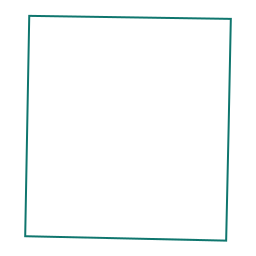 the district of Miner, South Dakota, United States of America, rotated 271°
{"feature_id": "52423323B22522390065313", "entity_name": "Miner", "entity_type": "district", "adm_level": 2, "iso_a3": "USA", "parent_name": "United States of America", "parent_adm1": "South Dakota", "projection": "natural_earth1", "projection_center": [-97.65, 44.022], "detail": "fine", "context": "isolated", "style": "outline", "palette": "teal", "viewbox_px": 256, "rotation_deg": 271, "n_neighbors": 0, "source": "geoboundaries", "source_scale": "gbopen_adm2", "svg_char_len": 232}
<svg xmlns="http://www.w3.org/2000/svg" viewBox="0 0 256 256"><g transform="rotate(271 128 128)"><path d="M18.0,27.1L17.1,228.1L128.8,228.6L238.9,228.9L238.4,27.3L18.0,27.1Z" fill="none" stroke="#0f766e" stroke-width="2"/></g></svg>